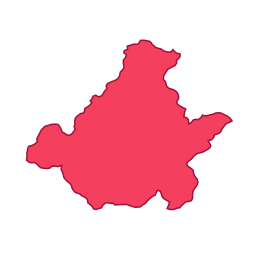 the district of Conselheiro Lafaiete, Minas Gerais, Brazil, rotated 84°
{"feature_id": "56859067B86519251311991", "entity_name": "Conselheiro Lafaiete", "entity_type": "district", "adm_level": 2, "iso_a3": "BRA", "parent_name": "Brazil", "parent_adm1": "Minas Gerais", "projection": "robinson", "projection_center": [-43.793, -20.669], "detail": "fine", "context": "isolated", "style": "filled", "palette": "rose", "viewbox_px": 256, "rotation_deg": 84, "n_neighbors": 0, "source": "geoboundaries", "source_scale": "gbopen_adm2", "svg_char_len": 3044}
<svg xmlns="http://www.w3.org/2000/svg" viewBox="0 0 256 256"><g transform="rotate(84 128 128)"><path d="M54.7,75.1L56.8,77.3L56.6,80.6L55.2,84.0L52.8,87.1L51.6,90.4L50.6,92.3L48.9,93.7L47.2,95.3L45.3,96.2L43.9,97.8L43.2,100.2L42.4,102.9L42.2,106.5L44.2,107.9L45.7,109.5L45.2,113.6L46.0,117.2L46.5,120.2L49.7,120.2L50.7,123.6L52.7,124.3L55.1,121.9L57.6,123.1L60.2,125.6L64.1,125.9L66.6,125.5L69.3,126.9L71.6,129.8L75.3,130.9L78.2,133.3L79.6,136.8L80.3,139.7L81.6,143.7L83.9,145.3L86.7,144.9L89.2,147.7L91.2,149.1L93.3,150.9L93.9,154.0L92.0,156.8L92.7,159.4L95.2,160.8L97.1,162.8L99.1,161.2L101.5,163.9L103.0,166.5L104.1,168.9L106.7,169.5L108.7,170.9L108.5,173.2L109.8,175.4L111.1,177.7L113.0,179.4L115.4,180.3L119.1,180.4L120.8,181.5L123.3,180.6L125.9,182.4L128.7,185.4L129.0,188.6L127.1,191.1L125.1,193.8L122.0,194.7L119.6,195.6L117.0,197.4L116.5,200.4L116.4,203.6L117.1,207.3L117.6,210.4L118.9,212.1L120.8,214.3L123.9,216.4L126.6,218.2L129.4,219.8L132.1,219.6L134.0,221.9L135.4,225.6L135.8,228.7L138.2,230.0L140.7,230.5L142.6,231.3L144.8,231.2L146.8,231.7L149.6,232.2L151.8,229.8L152.6,227.1L152.5,224.4L154.6,222.2L156.6,220.7L158.3,219.0L159.3,215.7L159.9,212.3L159.7,209.9L158.2,207.9L158.2,204.9L159.1,201.8L158.3,197.8L160.3,198.5L162.4,198.8L164.8,197.9L167.5,197.2L170.4,197.0L172.6,195.6L174.6,194.1L176.8,191.9L178.9,190.4L181.9,190.0L184.1,188.9L186.1,187.6L187.4,185.5L188.3,183.1L190.5,181.1L192.0,178.7L193.4,176.8L195.3,175.9L198.3,175.7L200.2,173.6L202.6,171.7L204.9,170.6L205.7,168.3L205.1,166.0L204.6,162.7L202.0,160.9L200.2,158.2L200.4,155.1L201.2,152.8L201.3,150.5L203.2,149.0L203.3,145.2L203.6,141.0L203.9,137.4L205.2,134.8L206.5,131.9L207.6,129.2L207.7,126.4L207.7,123.9L206.3,121.9L204.8,118.7L202.6,116.3L200.9,114.3L198.8,111.0L197.5,107.9L195.2,106.7L192.9,104.9L194.5,102.4L197.1,101.8L200.4,101.0L202.2,99.5L203.9,97.2L206.0,94.5L209.2,95.8L212.2,97.5L213.5,94.7L213.8,91.1L212.8,87.1L212.8,84.9L210.8,82.9L209.2,80.6L207.6,78.7L207.4,75.9L206.9,72.6L204.6,71.1L201.5,70.8L199.0,70.3L196.8,69.5L195.1,68.0L193.4,66.4L191.4,65.1L189.4,64.2L186.2,64.5L184.0,66.0L182.0,67.0L179.6,67.6L176.9,67.6L174.4,69.8L172.6,72.1L170.3,73.6L168.4,72.5L167.0,70.6L165.5,68.2L163.9,66.5L162.3,64.7L160.7,62.0L160.3,59.7L159.8,56.4L158.8,53.7L157.5,50.7L156.0,48.5L154.1,47.5L151.8,48.5L149.0,49.5L148.5,46.2L146.4,43.8L143.9,42.6L143.1,38.9L141.6,36.2L139.3,35.0L136.9,32.8L135.1,31.1L133.6,29.3L133.2,27.1L131.8,23.8L128.7,25.6L126.2,28.5L124.3,31.6L122.5,34.7L122.2,39.0L123.2,42.2L123.5,44.9L123.9,47.1L124.1,50.0L122.9,52.5L125.3,54.4L127.0,57.2L126.4,60.2L127.0,62.5L129.5,64.9L130.4,67.2L128.0,67.0L126.0,67.0L124.0,68.5L122.8,71.4L120.6,70.6L117.7,70.0L115.1,68.6L113.0,72.0L111.2,74.5L109.6,76.3L106.9,76.9L104.4,74.8L101.8,74.3L99.1,74.9L96.4,76.5L94.3,79.4L93.1,82.8L90.9,85.0L88.5,85.6L86.0,85.8L83.5,87.7L80.1,87.1L77.7,85.5L75.9,84.0L73.6,82.2L72.8,79.7L71.7,77.5L70.8,74.7L68.5,72.8L65.5,72.6L64.3,70.3L61.9,68.6L59.6,68.6L58.8,71.7L56.5,74.0L54.7,75.1Z" fill="#f43f5e" stroke="#9f1239" stroke-width="1.5"/></g></svg>